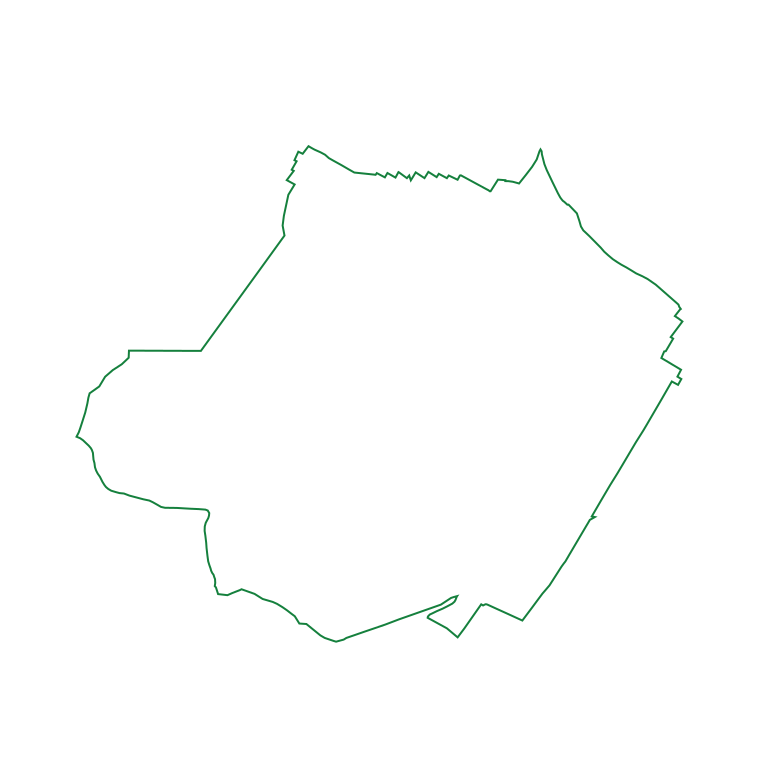 Santo Tomás Hueyotlipan, Puebla, Mexico (orthographic projection), rotated 12°
{"feature_id": "50627088B52842348137606", "entity_name": "Santo Tomás Hueyotlipan", "entity_type": "district", "adm_level": 2, "iso_a3": "MEX", "parent_name": "Mexico", "parent_adm1": "Puebla", "projection": "orthographic", "projection_center": [-97.866, 18.889], "detail": "fine", "context": "isolated", "style": "outline", "palette": "green", "viewbox_px": 768, "rotation_deg": 12, "n_neighbors": 0, "source": "geoboundaries", "source_scale": "gbopen_adm2", "svg_char_len": 3516}
<svg xmlns="http://www.w3.org/2000/svg" viewBox="0 0 768 768"><g transform="rotate(12 384 384)"><path d="M488.3,122.0L487.7,124.0L486.7,132.6L483.7,140.8L479.2,150.2L474.4,159.8L473.2,159.7L467.9,159.4L463.7,159.7L460.5,160.3L460.4,159.4L453.0,160.4L448.2,173.3L447.5,173.5L445.5,172.6L445.2,172.6L415.8,163.9L414.9,164.3L413.5,168.9L404.0,166.6L402.7,169.6L393.9,167.0L392.5,170.7L383.3,167.3L382.4,169.8L380.8,174.2L371.0,170.4L369.4,175.0L367.9,179.2L367.6,178.7L365.3,174.8L363.6,177.9L354.5,173.8L354.1,173.7L352.3,179.7L343.5,176.9L341.9,181.7L333.1,179.2L332.3,181.1L331.8,181.2L331.1,181.2L311.3,183.3L310.9,183.3L305.2,181.5L297.0,178.8L287.8,176.0L283.1,174.5L278.7,172.0L273.9,170.6L267.4,169.2L265.0,168.5L260.7,167.1L256.6,175.7L251.9,174.6L249.9,183.7L252.2,184.3L249.2,193.6L251.4,194.3L246.5,204.8L255.1,207.4L251.1,218.8L251.1,240.3L251.9,250.1L255.8,259.5L238.4,298.8L198.0,389.7L127.6,404.4L128.8,411.4L123.4,419.2L115.8,426.8L109.7,434.9L106.0,445.6L98.0,454.3L97.7,458.7L97.9,464.6L97.7,474.0L96.8,483.2L96.1,490.0L95.5,494.7L94.2,499.5L98.0,500.2L101.3,501.6L104.7,503.7L108.0,505.7L110.6,507.7L112.0,509.3L113.6,511.9L114.6,515.2L115.6,518.4L117.2,521.5L118.6,525.5L120.4,528.5L122.6,531.2L125.4,533.8L129.0,538.3L131.6,541.0L133.5,542.6L136.1,544.0L139.4,545.1L144.3,545.5L148.0,545.7L152.4,545.2L158.2,546.1L164.3,546.4L172.5,546.8L178.7,546.8L182.4,547.7L187.2,549.2L191.5,550.6L195.5,550.6L200.1,549.7L207.1,548.3L220.3,546.3L228.7,544.9L235.4,544.0L237.9,544.4L239.9,546.6L240.2,549.2L240.0,551.7L239.2,554.4L238.5,556.8L238.3,560.6L239.1,565.0L240.8,569.5L243.1,576.3L244.5,581.2L247.0,588.7L248.9,594.0L250.9,597.6L251.2,598.1L252.7,600.5L253.7,602.5L255.2,604.5L256.9,606.0L258.2,608.3L259.3,610.0L260.3,613.7L260.5,616.9L261.9,617.9L265.4,624.0L274.8,623.1L279.1,620.0L286.1,615.4L287.3,614.4L301.0,616.2L310.0,619.5L320.5,620.3L325.1,621.3L331.1,623.4L336.1,625.5L341.5,628.1L345.0,629.7L351.0,635.9L358.0,634.9L374.0,643.1L378.8,644.7L388.2,645.8L390.7,646.0L397.7,642.4L400.0,640.2L408.5,635.1L416.6,630.2L425.5,624.9L435.5,618.9L447.6,611.1L485.5,588.0L494.1,579.3L496.7,577.8L499.6,576.3L499.4,576.8L499.1,578.7L498.8,580.5L498.2,582.3L496.5,584.6L492.0,588.4L488.0,591.6L482.9,595.2L478.7,598.5L476.8,599.9L475.7,601.6L475.3,602.4L475.3,603.6L496.3,609.9L508.7,616.5L513.4,606.4L524.6,580.0L524.9,579.3L526.1,579.7L526.3,579.8L526.5,579.9L526.7,580.0L527.0,580.0L527.3,579.8L527.6,579.5L528.0,579.1L529.2,578.3L530.0,578.2L531.1,578.3L539.6,580.2L553.7,583.3L568.5,586.6L575.1,572.4L579.7,562.3L582.6,556.0L584.7,552.2L587.4,547.2L587.7,546.7L588.0,545.9L595.6,525.7L597.2,522.1L598.3,519.9L600.8,512.3L611.3,481.0L612.5,477.5L613.6,474.1L616.8,471.3L617.9,470.3L616.8,470.3L614.8,470.3L615.4,468.4L620.8,452.0L626.3,435.6L631.0,422.6L634.5,412.3L638.2,401.3L642.5,388.6L647.3,375.6L649.6,368.8L658.5,341.8L665.0,321.7L671.8,323.7L673.8,317.3L669.5,315.8L671.6,308.3L649.9,300.9L651.3,293.9L652.8,293.3L657.4,279.5L654.7,278.5L662.9,260.8L658.9,258.9L654.4,257.1L658.0,249.7L658.7,248.9L656.8,247.2L655.5,245.1L629.1,230.3L626.2,229.1L620.0,226.5L614.0,224.8L607.7,223.4L602.1,221.4L596.9,219.6L591.5,218.0L586.8,216.3L581.8,214.3L576.4,211.4L571.9,208.8L567.7,205.6L563.0,202.5L558.0,199.2L553.9,196.5L552.9,195.9L547.0,192.3L543.9,189.0L541.3,184.1L537.2,177.0L527.2,170.2L526.1,170.5L522.6,168.4L520.8,167.6L519.4,166.5L517.6,164.9L514.5,161.3L506.9,151.6L498.7,140.9L495.2,135.6L490.7,126.5L489.8,123.6L488.3,122.0Z" fill="none" stroke="#15803d" stroke-width="2"/></g></svg>